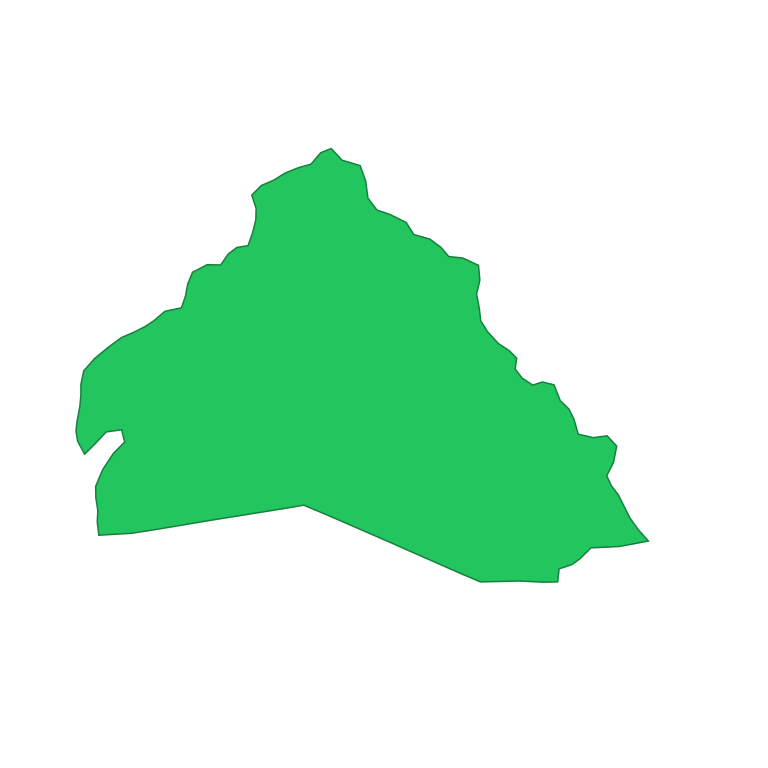 Rodeio, Santa Catarina, Brazil (Robinson projection), rotated 104°
{"feature_id": "56859067B58169582692874", "entity_name": "Rodeio", "entity_type": "district", "adm_level": 2, "iso_a3": "BRA", "parent_name": "Brazil", "parent_adm1": "Santa Catarina", "projection": "robinson", "projection_center": [-49.356, -26.886], "detail": "fine", "context": "isolated", "style": "filled", "palette": "green", "viewbox_px": 768, "rotation_deg": 104, "n_neighbors": 0, "source": "geoboundaries", "source_scale": "gbopen_adm2", "svg_char_len": 1478}
<svg xmlns="http://www.w3.org/2000/svg" viewBox="0 0 768 768"><g transform="rotate(104 384 384)"><path d="M524.5,657.5L511.5,649.6L497.7,641.9L491.9,627.5L503.1,621.6L516.6,629.7L535.3,636.3L553.2,639.0L564.0,636.1L576.0,631.1L587.4,628.8L599.7,624.1L589.9,592.7L581.4,572.6L574.1,555.7L560.2,523.9L528.0,448.5L521.0,432.5L526.4,398.2L536.5,338.0L538.8,325.1L549.8,261.0L552.7,242.5L542.3,204.6L537.8,181.6L534.0,167.6L521.0,169.4L513.7,157.9L506.2,151.6L492.9,143.5L489.4,131.7L484.8,116.6L479.4,104.6L472.4,89.5L464.1,101.7L454.7,112.8L444.8,121.3L434.8,129.9L427.8,138.7L419.1,145.7L404.7,142.3L387.9,143.2L380.3,155.0L385.4,167.8L385.7,183.4L372.0,191.3L363.6,198.5L357.6,208.9L343.7,218.8L343.7,230.8L349.1,239.4L344.8,251.5L337.7,260.3L326.9,261.5L321.5,270.3L317.0,282.9L308.2,296.2L299.1,305.5L288.3,309.5L274.4,315.9L260.1,316.1L246.0,321.0L242.7,338.4L244.7,352.0L237.7,361.7L232.3,374.5L231.8,391.2L221.9,401.6L218.1,419.0L216.9,433.0L207.6,444.5L191.2,451.0L177.9,460.0L177.0,478.8L168.3,492.1L174.8,501.3L188.4,508.1L194.7,519.2L203.0,530.7L213.1,540.6L221.0,551.0L232.7,558.0L244.7,550.5L255.7,548.1L269.4,548.1L282.7,549.4L287.1,559.8L295.6,566.6L308.0,571.3L311.1,584.6L321.9,596.8L334.4,598.6L346.8,597.9L359.1,599.0L366.5,614.2L378.4,622.7L386.3,630.0L394.2,639.2L402.5,650.0L414.5,660.0L429.0,670.8L443.8,678.5L457.7,678.0L467.6,675.5L479.3,673.7L494.4,672.8L504.2,671.5L513.7,667.4L524.5,657.5Z" fill="#22c55e" stroke="#15803d" stroke-width="1.5"/></g></svg>